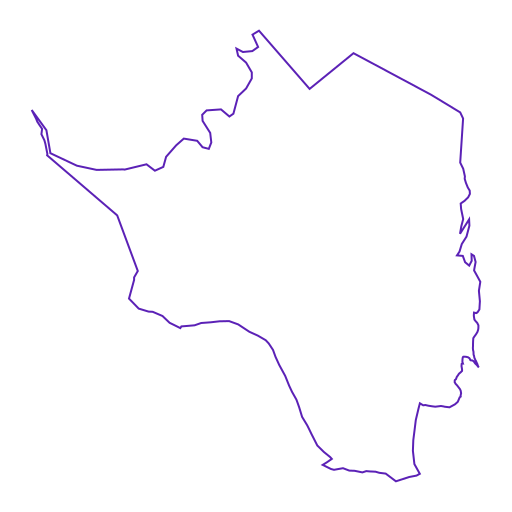 San Cristóbal Lachirioag, Oaxaca, Mexico
{"feature_id": "50627088B73044983414365", "entity_name": "San Cristóbal Lachirioag", "entity_type": "district", "adm_level": 2, "iso_a3": "MEX", "parent_name": "Mexico", "parent_adm1": "Oaxaca", "projection": "natural_earth1", "projection_center": [-96.168, 17.35], "detail": "fine", "context": "isolated", "style": "outline", "palette": "violet", "viewbox_px": 512, "rotation_deg": 0, "n_neighbors": 0, "source": "geoboundaries", "source_scale": "gbopen_adm2", "svg_char_len": 3732}
<svg xmlns="http://www.w3.org/2000/svg" viewBox="0 0 512 512"><path d="M460.2,162.6L463.1,118.5L460.2,112.4L431.0,94.7L353.5,53.2L309.6,88.9L259.0,30.7L252.5,34.6L258.1,47.0L252.3,51.1L242.9,52.0L236.5,48.6L238.1,55.7L246.1,62.6L251.8,72.4L251.8,78.4L246.1,88.5L238.1,96.1L233.4,113.7L229.4,116.5L221.0,109.4L206.6,110.4L202.2,114.8L202.6,120.9L210.2,132.9L211.3,142.5L208.8,148.9L202.5,147.2L202.4,147.0L197.2,140.8L183.8,138.6L176.2,145.3L166.1,156.8L165.2,160.1L163.3,166.9L154.9,170.7L146.5,164.3L124.6,169.6L124.3,169.5L122.9,169.4L96.6,169.9L76.9,165.7L50.4,153.2L46.4,130.2L31.7,110.0L32.4,111.4L36.1,118.7L37.3,121.7L39.6,125.2L41.8,128.4L42.1,128.9L41.4,134.2L44.4,140.3L45.4,143.9L47.4,154.0L47.1,155.3L117.2,215.4L137.8,271.0L134.1,277.4L134.1,279.9L129.0,298.6L138.7,308.6L148.6,311.6L152.7,311.8L162.5,316.0L169.6,322.8L174.3,325.1L180.3,328.1L181.4,326.4L187.7,325.9L194.6,325.3L201.2,323.0L210.7,322.3L219.5,321.3L229.1,321.1L238.2,324.4L249.4,331.8L257.8,335.6L265.7,340.2L268.7,343.4L273.0,349.9L275.5,356.8L279.2,364.9L285.2,375.9L289.1,385.6L292.0,391.8L295.5,398.0L296.4,399.6L297.5,402.6L299.2,407.4L302.1,416.9L307.2,425.3L309.1,429.1L311.6,434.3L313.3,437.6L317.3,445.5L323.9,452.0L326.5,454.1L330.2,457.1L331.8,458.9L326.9,462.3L322.7,464.9L331.0,469.0L334.0,469.8L343.0,468.2L349.3,470.6L354.6,470.8L362.4,472.4L366.3,471.1L369.3,471.4L375.5,471.7L379.3,472.8L385.7,473.6L395.9,481.3L409.2,477.0L416.5,475.6L419.8,473.8L414.4,464.1L412.9,450.8L413.3,440.1L414.5,430.6L415.8,420.0L418.6,408.2L419.9,403.3L423.2,405.3L425.3,405.0L428.3,405.7L432.1,406.3L435.3,406.7L441.0,406.0L443.9,406.5L444.5,406.7L449.5,407.3L455.0,404.3L457.7,401.9L458.0,401.3L459.7,397.3L460.7,396.6L460.6,395.5L461.1,393.3L460.7,390.8L460.0,389.2L457.1,385.4L455.5,383.7L454.9,382.5L454.7,382.3L454.7,380.6L454.8,380.2L455.0,379.9L455.5,379.6L455.8,379.3L456.0,379.1L456.2,378.5L456.8,376.9L457.3,376.2L457.6,375.8L458.0,375.3L458.1,375.1L458.7,374.1L459.3,373.4L459.5,373.3L461.0,372.0L461.5,371.4L462.0,371.0L462.1,370.2L462.0,369.0L461.7,367.2L461.5,366.1L461.6,364.7L461.7,363.8L462.2,363.4L462.9,363.5L462.7,362.9L462.4,361.8L462.4,361.3L462.5,359.1L462.6,358.4L462.8,357.4L463.0,357.1L463.2,356.8L463.6,356.7L464.4,356.7L466.1,356.8L466.8,357.0L467.9,357.2L468.3,357.5L468.7,357.8L469.3,358.1L469.5,358.4L469.6,358.5L469.8,358.9L470.0,359.3L470.3,359.8L470.4,360.1L470.7,360.3L471.6,360.4L472.5,360.5L473.2,361.0L473.7,361.3L474.3,362.2L475.0,363.2L475.3,363.5L475.5,363.8L476.2,364.4L477.0,365.2L477.3,365.6L478.4,367.0L478.8,367.4L478.0,366.2L477.9,365.8L477.8,365.4L477.6,364.9L477.4,364.4L477.3,363.9L477.0,363.4L475.8,360.7L475.4,360.2L475.0,359.1L474.5,358.1L474.3,357.4L474.0,355.7L473.6,354.8L473.5,352.6L473.5,352.0L473.3,351.0L473.1,350.3L473.0,349.5L472.9,348.4L472.9,347.6L473.0,346.2L473.0,344.5L473.0,344.3L473.1,341.0L473.2,339.7L473.3,338.2L473.9,337.2L474.9,335.8L476.0,334.3L477.4,332.0L478.0,330.2L478.3,328.9L478.4,327.4L478.4,326.6L478.4,325.3L477.8,324.1L477.4,323.2L476.7,322.3L475.9,321.5L474.4,319.6L474.3,318.8L474.1,317.7L473.9,316.3L473.8,315.1L473.9,314.4L474.0,312.6L475.0,312.8L475.5,313.0L476.2,313.1L476.4,313.0L476.6,313.0L477.2,312.4L477.3,312.4L478.0,311.7L478.3,311.1L478.7,310.5L479.4,309.4L479.9,301.3L478.9,290.8L480.3,281.8L477.0,275.7L474.1,270.5L474.3,269.0L475.6,262.0L474.0,255.9L471.5,254.3L471.7,260.8L469.2,265.6L465.1,262.2L462.8,255.9L457.0,255.4L459.5,251.6L461.8,244.0L466.5,236.6L467.5,232.8L469.4,225.7L469.1,219.4L460.0,233.8L461.3,226.3L463.2,219.1L461.1,208.9L460.7,203.5L464.6,200.8L465.9,199.5L468.1,197.4L469.9,193.9L469.7,190.6L467.8,187.5L465.9,182.8L464.7,178.8L464.9,176.4L463.2,168.7L462.0,166.3L460.2,162.6Z" fill="none" stroke="#5b21b6" stroke-width="2"/></svg>